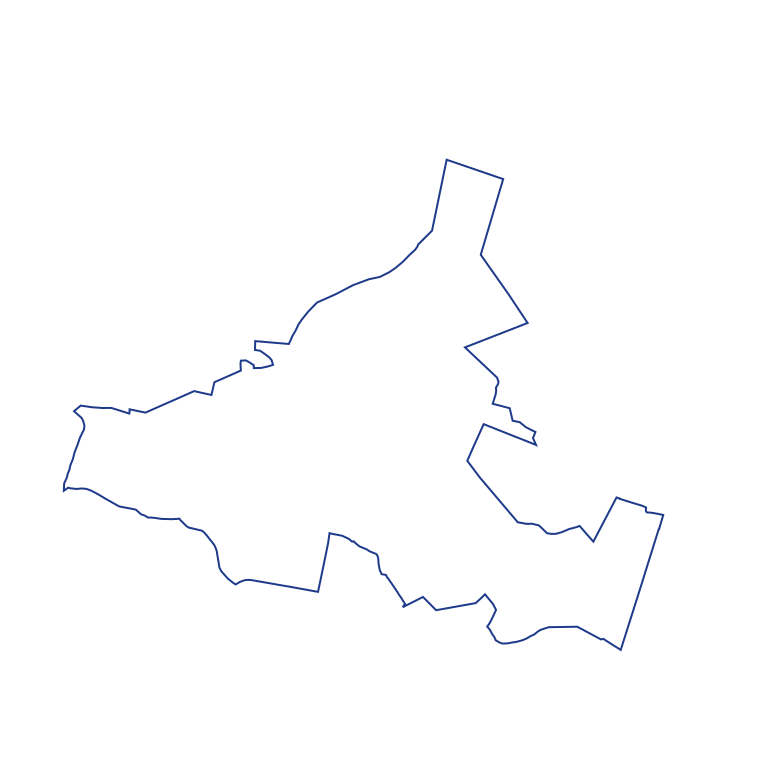 Reyes Etla, Oaxaca, Mexico, rotated 101°
{"feature_id": "50627088B16389783257433", "entity_name": "Reyes Etla", "entity_type": "district", "adm_level": 2, "iso_a3": "MEX", "parent_name": "Mexico", "parent_adm1": "Oaxaca", "projection": "albers", "projection_center": [-96.814, 17.21], "detail": "fine", "context": "isolated", "style": "outline", "palette": "blue", "viewbox_px": 768, "rotation_deg": 101, "n_neighbors": 0, "source": "geoboundaries", "source_scale": "gbopen_adm2", "svg_char_len": 4165}
<svg xmlns="http://www.w3.org/2000/svg" viewBox="0 0 768 768"><g transform="rotate(101 384 384)"><path d="M549.9,677.9L546.1,674.3L546.2,671.7L545.7,665.8L544.3,661.1L543.7,656.3L544.6,650.9L547.2,642.4L549.8,635.4L554.7,620.6L554.7,614.4L554.6,608.4L554.7,603.6L558.3,597.5L558.8,593.8L560.1,590.2L559.7,588.2L559.2,583.9L558.9,576.8L557.2,566.6L555.7,560.6L555.2,559.3L557.1,557.1L557.9,555.6L559.2,553.8L560.3,552.1L561.4,550.4L562.3,547.6L562.3,546.2L562.4,542.2L562.6,538.6L562.7,535.4L562.7,534.9L563.5,533.1L564.3,531.9L565.9,529.8L568.0,527.3L568.1,527.2L570.2,524.8L572.7,521.8L573.5,520.9L574.3,520.0L575.5,519.1L577.2,517.9L579.9,516.3L580.8,516.0L584.1,514.8L590.0,512.6L592.7,511.6L594.9,510.8L595.8,510.4L598.8,508.0L600.3,506.1L605.1,499.8L605.4,499.0L607.4,495.3L608.4,493.1L609.1,491.4L607.9,490.0L607.1,489.2L605.9,487.8L604.1,485.0L603.0,482.9L602.1,479.6L601.8,477.0L601.6,467.9L601.4,458.5L601.4,456.3L601.4,455.3L601.3,453.9L601.3,452.5L601.3,451.5L601.3,450.8L601.0,438.3L600.9,430.1L600.8,424.9L600.7,412.2L600.6,409.1L572.7,408.7L570.2,408.7L551.2,408.5L550.6,408.5L547.1,408.7L540.8,409.0L541.0,405.6L540.9,399.8L541.0,395.8L542.7,389.2L543.2,388.2L543.6,387.4L544.6,385.7L544.8,385.3L544.5,384.3L544.2,383.6L545.4,382.1L547.0,379.2L548.1,377.0L549.4,370.6L549.5,370.2L549.6,369.4L549.9,368.7L550.2,368.1L551.0,366.1L551.2,365.2L551.3,364.4L551.5,363.6L552.0,361.4L552.1,360.3L552.3,359.3L553.0,358.5L553.7,357.8L554.2,357.5L554.7,357.2L555.5,356.7L556.1,356.5L556.9,356.3L557.8,356.0L558.9,355.7L560.1,355.4L561.0,355.1L562.4,354.6L564.1,354.1L564.8,353.7L565.6,353.4L566.5,353.0L567.4,352.6L568.4,352.2L568.9,351.6L569.5,351.0L570.1,350.7L571.1,350.1L571.1,349.5L571.1,347.3L571.0,345.7L571.6,345.2L573.1,344.2L573.7,343.3L574.9,342.0L576.3,340.7L577.9,338.9L579.3,337.5L580.8,336.0L581.7,335.1L582.6,334.1L583.3,333.4L584.4,332.5L585.4,331.4L585.5,331.3L586.6,330.3L587.6,329.4L589.1,327.9L590.8,326.1L592.4,324.7L595.8,321.4L599.5,323.0L585.6,305.1L596.1,289.7L581.6,252.2L575.8,247.9L571.2,244.7L579.1,235.1L584.4,230.9L589.9,232.3L593.3,233.1L599.0,234.8L602.4,236.4L603.3,235.3L605.2,233.0L608.6,230.3L611.5,227.3L614.3,225.4L615.6,221.6L616.1,219.4L616.0,217.1L614.9,212.9L613.0,208.0L611.7,204.4L609.0,199.0L606.3,195.1L603.5,192.0L600.9,188.4L598.1,186.2L595.4,183.3L591.3,175.9L585.4,148.0L593.3,122.2L592.3,120.1L594.3,115.1L596.0,110.9L596.1,110.6L597.2,107.8L598.8,103.5L599.9,100.9L549.8,95.1L529.8,92.8L514.1,91.1L474.0,86.6L474.0,86.3L459.3,84.9L459.2,90.6L459.2,91.6L459.4,98.0L459.9,101.3L459.0,102.5L457.8,102.9L455.2,103.2L454.9,104.5L454.2,107.7L453.9,110.7L453.1,118.8L451.7,131.1L451.4,131.0L451.0,134.1L498.8,148.4L491.2,158.3L490.3,159.4L489.4,160.6L486.7,164.0L486.0,165.0L487.7,167.6L491.2,174.8L495.4,181.0L498.3,186.7L499.2,191.1L499.4,195.4L495.8,200.9L493.3,204.9L492.9,212.0L494.1,217.5L494.2,226.3L457.5,272.1L443.5,287.6L429.8,284.5L404.4,278.5L414.8,223.1L412.4,224.8L408.6,227.5L404.5,226.6L402.2,226.2L401.4,229.3L399.3,236.6L398.1,238.8L397.1,240.7L395.6,243.4L395.5,250.7L383.8,256.0L383.1,266.4L382.9,270.0L382.7,273.5L381.7,273.4L373.0,272.4L369.2,272.6L366.2,273.4L362.5,272.1L360.1,272.0L356.2,274.2L332.6,311.5L296.7,254.7L272.5,278.5L238.7,313.7L163.1,306.4L160.1,306.1L159.2,312.8L151.9,365.3L224.3,366.1L240.4,377.0L243.0,377.5L246.5,379.2L252.3,383.5L260.4,388.8L267.6,394.6L273.2,400.1L279.7,408.5L284.1,418.9L292.9,433.3L300.5,442.8L305.2,448.7L316.7,465.2L327.7,472.4L336.5,477.0L341.8,479.3L348.5,481.0L354.4,483.1L359.6,484.2L361.3,484.7L362.9,485.1L365.9,513.1L366.5,518.6L375.2,517.1L375.0,511.9L377.8,505.6L380.1,501.2L382.1,498.8L386.4,496.6L388.8,501.0L391.7,507.7L393.2,514.8L390.4,515.5L388.2,520.8L387.2,524.2L388.4,528.9L391.0,528.8L394.9,527.9L398.1,527.1L414.6,550.8L427.7,551.3L427.2,569.0L457.6,612.7L457.4,628.9L459.5,628.5L461.6,628.4L459.5,647.1L461.3,655.9L462.5,665.9L463.1,677.6L469.8,683.1L471.9,679.6L475.0,674.4L477.3,672.5L479.5,671.3L482.2,670.1L486.0,669.8L489.0,670.7L494.7,672.2L501.9,673.2L510.2,674.7L517.2,675.1L523.3,676.3L528.6,676.5L532.1,677.3L535.5,677.4L538.4,677.9L542.6,679.0L549.9,677.9Z" fill="none" stroke="#1e3a8a" stroke-width="2"/></g></svg>